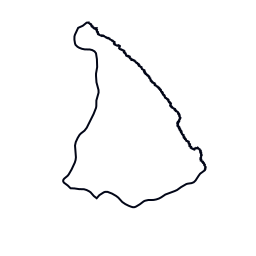 the district of La Cienaga, Barahona, Dominican Republic, rotated 295°
{"feature_id": "3306468B5550416760665", "entity_name": "La Cienaga", "entity_type": "district", "adm_level": 2, "iso_a3": "DOM", "parent_name": "Dominican Republic", "parent_adm1": "Barahona", "projection": "natural_earth1", "projection_center": [-71.101, 18.096], "detail": "fine", "context": "isolated", "style": "outline", "palette": "ink", "viewbox_px": 256, "rotation_deg": 295, "n_neighbors": 0, "source": "geoboundaries", "source_scale": "gbopen_adm2", "svg_char_len": 5866}
<svg xmlns="http://www.w3.org/2000/svg" viewBox="0 0 256 256"><g transform="rotate(295 128 128)"><path d="M49.1,101.4L50.6,105.0L51.9,109.4L53.9,114.0L54.3,116.7L54.2,119.5L53.9,121.3L51.9,125.8L51.1,129.3L55.0,130.4L59.4,133.2L60.5,134.3L61.5,136.6L61.8,141.2L61.4,145.9L60.8,148.6L58.5,154.1L57.9,157.8L57.8,161.6L58.0,164.3L58.3,166.0L59.1,167.5L60.2,168.5L63.9,171.0L68.1,173.2L69.3,174.2L71.3,176.8L73.6,181.6L75.2,183.8L77.1,185.8L79.2,187.4L83.5,190.0L90.6,197.0L92.6,198.7L96.9,201.1L101.9,204.6L102.8,205.7L104.9,208.9L106.6,210.5L108.9,211.4L114.6,212.2L117.1,212.7L122.2,215.5L123.3,215.5L123.3,215.1L124.6,215.1L124.6,214.7L125.6,214.7L126.3,213.2L126.9,213.2L126.9,212.8L127.2,212.8L127.2,212.4L127.9,212.1L127.9,211.3L128.2,211.3L128.2,210.9L128.5,210.9L128.5,210.1L128.9,210.1L128.9,209.7L129.2,209.7L129.2,207.8L130.2,207.8L130.2,207.4L130.5,207.4L130.5,207.0L130.8,207.0L130.8,206.7L131.8,206.7L131.8,206.3L134.1,206.3L134.1,205.9L134.8,205.9L134.8,205.5L135.4,205.5L135.7,204.7L136.4,204.7L136.4,204.4L136.7,204.4L136.7,204.0L137.0,204.0L137.0,203.6L137.7,203.6L137.7,203.2L138.3,203.2L138.3,202.4L139.0,202.0L139.0,200.5L139.3,200.5L139.6,199.7L139.3,199.7L139.3,199.3L138.7,199.0L138.7,198.2L138.3,198.2L138.0,197.4L137.0,197.4L137.0,197.0L136.4,197.0L136.4,196.3L136.7,196.3L136.7,195.5L136.4,195.5L136.4,194.3L136.7,194.3L136.7,193.2L137.4,193.2L137.4,192.8L137.7,192.8L137.7,191.3L138.7,191.3L138.7,190.9L139.3,190.9L139.3,190.5L139.6,190.5L139.6,189.7L140.0,189.7L140.3,189.0L141.0,189.0L141.0,188.2L141.3,188.2L141.3,187.4L141.0,187.4L141.0,186.6L141.3,186.6L141.3,185.9L141.9,185.5L141.9,184.7L142.3,184.7L142.3,184.3L142.6,184.3L142.6,183.6L142.9,183.6L142.9,182.8L143.6,182.8L143.6,182.0L144.2,182.0L144.5,181.3L144.9,181.3L144.9,180.9L145.2,180.9L145.2,179.7L145.8,179.3L145.8,178.9L146.5,178.6L146.5,178.2L146.8,178.2L146.8,177.8L147.2,177.8L147.2,177.4L147.8,177.4L147.8,176.6L148.1,176.6L148.1,175.9L148.5,175.9L148.5,175.5L149.1,175.5L149.1,174.7L149.4,174.7L149.4,174.3L150.1,174.3L150.1,173.9L150.4,173.9L150.4,173.2L150.7,173.2L150.7,172.4L151.1,172.4L151.1,172.0L151.7,172.0L151.7,171.6L152.7,171.6L152.7,171.3L153.0,171.3L153.0,170.9L153.7,170.9L153.7,170.5L154.3,170.5L154.3,170.9L155.0,170.9L155.0,171.3L155.6,171.3L155.6,171.6L156.0,171.6L156.3,170.9L158.2,170.9L158.2,171.3L158.9,171.3L158.9,170.9L159.5,170.9L159.5,170.5L160.2,170.1L160.2,169.7L160.9,169.7L161.2,168.9L161.8,168.9L161.8,168.2L162.2,168.2L162.2,167.8L162.5,167.8L162.5,167.4L162.8,167.4L162.8,167.0L163.5,166.6L163.5,164.7L163.8,164.7L163.8,163.9L164.1,163.9L164.1,163.2L164.4,163.2L164.4,162.4L165.1,162.4L165.1,159.3L165.4,159.3L165.4,158.5L165.8,158.5L165.8,157.8L166.1,157.8L166.1,157.0L166.7,157.0L166.7,156.6L168.0,156.6L168.0,156.2L168.4,156.2L168.4,155.5L168.7,155.5L168.7,154.7L169.0,154.7L169.0,154.3L169.3,154.3L169.3,153.5L169.7,153.5L170.0,152.8L170.3,152.8L170.3,152.4L170.6,152.4L170.6,151.6L171.0,151.6L171.0,149.7L171.3,149.7L171.3,148.5L172.0,148.2L172.3,147.4L172.9,147.4L172.9,146.2L173.3,146.2L173.3,145.5L173.6,145.5L173.9,144.7L174.2,144.7L174.2,144.3L174.6,144.3L174.6,143.9L174.9,143.9L174.9,143.2L175.2,143.2L175.2,142.4L175.9,142.0L175.9,141.6L176.2,141.6L176.2,141.2L176.5,141.2L176.5,140.5L176.8,140.5L176.8,139.7L177.2,139.7L177.2,138.9L177.5,138.9L177.5,138.2L177.8,138.2L177.8,137.0L178.1,137.0L178.1,134.7L178.5,134.7L178.5,133.9L179.1,133.9L179.1,133.5L179.8,133.2L179.8,131.6L179.5,131.6L179.5,131.2L179.8,131.2L179.8,130.5L180.1,130.5L180.1,129.7L180.4,129.7L180.4,128.9L180.8,128.9L180.8,128.5L181.1,128.5L181.4,127.8L181.7,127.8L182.1,127.0L182.4,127.0L182.4,126.2L182.7,126.2L183.0,125.5L183.4,125.5L183.4,125.1L183.7,125.1L183.7,123.9L184.0,123.9L184.0,123.1L184.3,123.1L184.3,121.6L184.7,121.6L184.7,120.8L185.0,120.8L185.0,120.1L185.3,120.1L185.3,119.7L185.7,119.7L185.7,119.3L186.0,119.3L186.0,118.9L186.3,118.9L186.3,118.5L187.0,118.5L187.0,118.1L187.3,118.1L187.3,115.8L187.9,115.4L187.9,115.1L188.6,114.7L188.6,114.3L188.9,114.3L188.9,112.0L189.2,112.0L189.2,111.6L189.6,111.6L189.6,111.2L189.9,111.2L189.9,110.4L190.5,110.4L190.5,108.5L190.9,108.5L190.9,107.0L191.5,106.6L191.5,105.1L191.9,105.1L191.9,103.5L191.5,103.5L191.2,102.7L191.5,102.7L191.5,102.4L191.9,102.4L191.9,100.8L192.2,100.8L192.2,100.0L192.8,99.7L192.8,99.3L193.5,99.3L193.5,98.1L193.2,98.1L193.2,97.4L192.8,97.4L192.8,96.2L193.2,96.2L193.2,95.4L193.8,95.0L194.1,94.3L194.5,94.3L194.5,93.5L194.8,93.5L194.8,92.7L195.1,92.7L195.1,92.3L195.8,92.3L195.8,92.0L196.1,92.0L196.1,91.2L196.4,91.2L196.4,88.9L196.1,88.9L196.1,87.0L196.7,86.6L196.7,86.2L198.0,86.2L198.0,85.8L198.7,85.8L198.7,85.4L199.0,85.4L199.0,84.6L198.7,84.6L198.7,83.9L198.0,83.5L198.0,80.8L198.4,80.8L198.4,80.0L198.7,80.0L198.7,79.6L200.0,79.6L200.0,78.9L200.3,78.9L200.3,77.0L200.7,77.0L200.7,73.9L201.3,73.5L201.3,72.3L201.0,72.3L201.0,71.2L200.7,71.2L200.7,70.4L201.0,70.4L201.0,66.9L201.3,66.9L201.3,66.6L201.0,66.5L201.0,65.8L200.7,65.8L200.7,65.0L200.3,65.0L200.3,61.6L200.7,61.6L200.7,61.2L201.0,61.2L201.3,60.4L201.6,60.4L201.6,60.0L202.3,60.0L202.3,59.2L202.6,59.2L202.9,58.5L203.6,58.5L203.6,58.1L204.2,58.1L204.6,57.3L205.2,57.3L204.9,56.6L204.6,56.6L204.6,56.2L203.9,56.2L203.9,54.6L204.6,54.2L204.6,52.7L205.2,52.7L205.2,51.6L205.6,51.6L205.9,50.8L206.2,50.8L206.2,50.0L206.5,50.0L206.5,47.7L206.9,47.6L206.0,46.0L201.5,43.8L197.7,40.5L190.1,40.5L188.3,40.8L185.4,42.1L182.3,44.2L181.2,45.3L180.3,47.8L180.1,49.8L180.3,52.8L181.0,55.7L183.0,60.1L183.5,62.7L183.3,65.3L182.2,67.4L177.3,70.7L170.2,74.3L163.9,76.0L161.7,77.0L156.1,80.1L150.0,85.2L147.6,86.4L139.6,87.7L134.5,90.0L132.8,90.5L126.2,90.9L110.8,90.5L107.2,89.7L103.1,87.6L101.4,87.0L97.8,86.6L93.2,86.6L89.7,87.4L79.4,93.2L76.9,94.0L74.2,94.4L66.6,94.4L60.9,93.9L59.2,93.5L55.2,91.6L53.9,91.3L52.6,91.6L52.1,92.0L51.4,93.0L50.4,97.8L49.1,101.4Z" fill="none" stroke="#020617" stroke-width="2"/></g></svg>